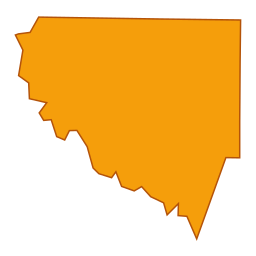 outline of Upson, Georgia, United States of America
{"feature_id": "52423323B58492506722006", "entity_name": "Upson", "entity_type": "district", "adm_level": 2, "iso_a3": "USA", "parent_name": "United States of America", "parent_adm1": "Georgia", "projection": "equal_earth", "projection_center": [-84.356, 32.842], "detail": "fine", "context": "isolated", "style": "filled", "palette": "amber", "viewbox_px": 256, "rotation_deg": 0, "n_neighbors": 0, "source": "geoboundaries", "source_scale": "gbopen_adm2", "svg_char_len": 558}
<svg xmlns="http://www.w3.org/2000/svg" viewBox="0 0 256 256"><path d="M150.7,196.7L163.6,202.8L167.1,214.9L178.4,203.6L178.1,215.6L186.9,216.3L196.7,238.9L225.9,157.6L239.7,157.8L239.7,122.2L240.1,61.9L240.6,20.0L159.5,19.0L38.7,17.1L30.1,32.4L18.4,33.9L15.4,35.0L22.9,50.1L18.6,75.6L28.7,82.9L29.4,98.7L46.7,102.7L39.2,112.9L43.7,120.4L51.2,119.7L56.7,136.6L64.7,140.0L69.4,130.6L76.9,130.4L87.2,146.7L93.1,168.0L98.9,173.7L111.6,177.7L115.9,171.8L121.6,186.4L134.2,190.9L141.6,186.6L150.7,196.7Z" fill="#f59e0b" stroke="#b45309" stroke-width="1.5"/></svg>